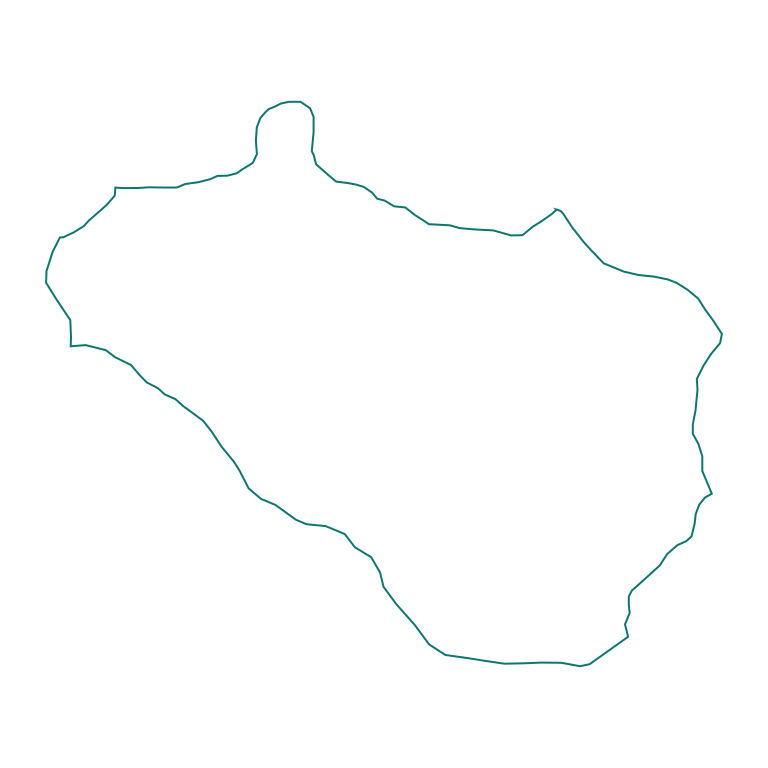 the district of Khizi District, Xizı, Azerbaijan
{"feature_id": "54616110B97026515433008", "entity_name": "Khizi District", "entity_type": "district", "adm_level": 2, "iso_a3": "AZE", "parent_name": "Azerbaijan", "parent_adm1": "Xizı", "projection": "mercator", "projection_center": [49.188, 40.748], "detail": "fine", "context": "isolated", "style": "outline", "palette": "teal", "viewbox_px": 768, "rotation_deg": 0, "n_neighbors": 0, "source": "geoboundaries", "source_scale": "gbopen_adm2", "svg_char_len": 2031}
<svg xmlns="http://www.w3.org/2000/svg" viewBox="0 0 768 768"><path d="M59.9,237.5L52.7,251.7L46.5,271.1L46.1,282.8L57.3,300.7L70.3,320.1L71.0,337.3L70.7,346.2L70.7,346.3L85.6,345.1L105.9,350.2L115.2,357.3L131.0,365.0L139.6,375.1L146.7,382.4L157.9,388.2L164.7,394.4L165.0,394.5L175.5,399.2L183.0,406.0L191.0,411.8L203.3,420.9L211.7,431.7L221.8,447.0L233.9,461.7L239.3,470.2L248.7,488.5L261.2,499.0L275.2,504.8L295.9,519.7L306.4,524.2L325.6,526.1L344.8,534.1L355.0,547.4L371.2,557.2L380.1,572.6L383.5,586.8L396.5,604.4L414.8,625.0L429.2,644.5L445.4,655.0L468.2,658.2L486.0,661.0L497.5,662.7L504.7,663.7L523.9,663.3L541.2,662.6L561.5,662.8L580.0,666.2L589.6,664.2L628.1,636.8L625.0,624.4L629.7,612.9L628.8,604.9L628.8,596.5L631.8,590.6L636.9,586.1L648.4,575.8L659.9,565.3L667.1,554.1L677.3,545.2L686.1,541.2L691.5,536.5L694.7,523.4L695.7,514.1L699.2,504.7L704.9,497.6L710.8,494.3L711.8,493.7L702.3,471.0L702.3,456.4L698.4,443.9L692.8,433.8L692.8,424.4L695.5,410.6L697.5,389.8L696.8,379.0L703.7,365.3L711.2,353.8L720.1,343.1L721.9,333.9L712.6,319.7L705.3,309.8L698.2,298.6L687.5,289.7L676.1,282.6L667.6,279.4L653.9,276.6L638.4,275.0L623.8,271.6L603.7,263.3L591.4,250.5L583.9,242.3L572.2,227.4L566.3,218.5L563.4,214.0L560.8,211.1L558.2,210.0L556.3,209.5L556.5,209.7L551.7,214.1L541.9,221.0L532.8,226.7L522.5,235.2L511.1,235.4L493.3,230.4L473.9,229.4L459.5,228.1L449.9,225.3L428.9,224.2L423.5,220.5L414.8,215.0L405.4,207.5L394.0,206.3L384.7,200.6L377.2,198.7L372.1,192.6L363.5,186.8L355.7,184.5L348.3,183.1L336.2,181.6L328.6,175.3L316.1,164.3L313.7,155.1L311.8,151.2L313.6,132.1L313.6,116.9L310.1,108.3L300.6,101.8L289.0,101.8L281.0,103.5L274.0,107.0L268.7,109.1L265.1,112.5L260.4,118.0L256.8,127.3L255.9,140.6L256.9,154.1L252.8,162.9L242.4,169.3L236.5,173.4L227.2,175.7L217.5,175.9L210.2,179.2L198.5,182.2L185.3,184.0L176.9,187.5L162.3,187.5L149.1,187.3L137.5,188.0L123.4,188.1L115.4,187.6L114.7,195.7L106.9,204.7L99.5,211.3L88.7,220.7L84.0,226.0L73.7,232.4L63.4,237.2L59.9,237.5Z" fill="none" stroke="#0f766e" stroke-width="2"/></svg>